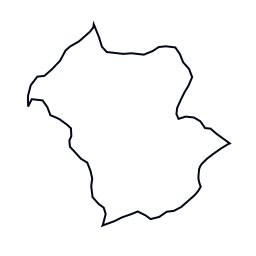 Yonggwang, Hamgyŏng-namdo, North Korea (Equal Earth projection), rotated 186°
{"feature_id": "82179303B97977133847329", "entity_name": "Yonggwang", "entity_type": "district", "adm_level": 2, "iso_a3": "PRK", "parent_name": "North Korea", "parent_adm1": "Hamgyŏng-namdo", "projection": "equal_earth", "projection_center": [127.345, 40.075], "detail": "fine", "context": "isolated", "style": "outline", "palette": "ink", "viewbox_px": 256, "rotation_deg": 186, "n_neighbors": 0, "source": "geoboundaries", "source_scale": "gbopen_adm2", "svg_char_len": 1209}
<svg xmlns="http://www.w3.org/2000/svg" viewBox="0 0 256 256"><g transform="rotate(186 128 128)"><path d="M229.6,138.9L226.7,146.6L215.8,146.5L210.4,140.3L206.5,132.6L201.0,131.0L196.9,129.5L188.8,124.8L184.7,121.7L183.5,114.0L185.0,109.4L183.8,103.3L178.4,98.6L171.6,92.5L164.9,89.3L160.9,81.6L158.3,74.0L158.5,66.3L156.0,55.5L149.3,49.4L143.8,46.2L141.2,40.1L142.8,29.4L143.1,28.4L131.8,33.9L124.8,38.4L115.1,43.0L109.6,46.0L101.4,42.9L96.0,39.8L87.7,42.8L80.7,48.8L73.9,50.3L66.9,54.9L59.9,62.5L54.3,68.6L51.4,73.1L49.5,77.3L50.1,78.2L51.6,81.6L52.5,84.4L52.9,87.4L53.0,94.5L52.2,97.4L50.9,100.0L46.2,105.7L41.1,110.6L33.2,117.5L27.6,121.8L25.2,123.3L28.3,125.1L33.7,128.2L39.1,131.3L45.9,136.0L51.4,136.0L56.7,142.2L63.5,145.3L71.7,145.4L78.7,142.4L81.3,147.0L81.2,153.2L78.2,162.3L75.3,170.0L72.4,176.1L69.5,185.3L73.4,193.0L80.1,199.2L84.1,206.9L89.4,213.1L99.0,213.2L105.9,211.7L111.5,207.1L119.9,202.6L132.2,202.7L140.5,201.2L150.1,201.3L157.0,201.3L162.4,206.0L166.3,215.2L172.9,227.6L173.0,224.5L175.8,219.9L180.0,215.3L185.6,209.2L194.0,203.1L198.2,198.6L202.6,187.8L209.6,178.7L216.6,171.1L223.5,169.6L229.2,160.4L230.8,149.7L229.6,138.9Z" fill="none" stroke="#020617" stroke-width="2"/></g></svg>